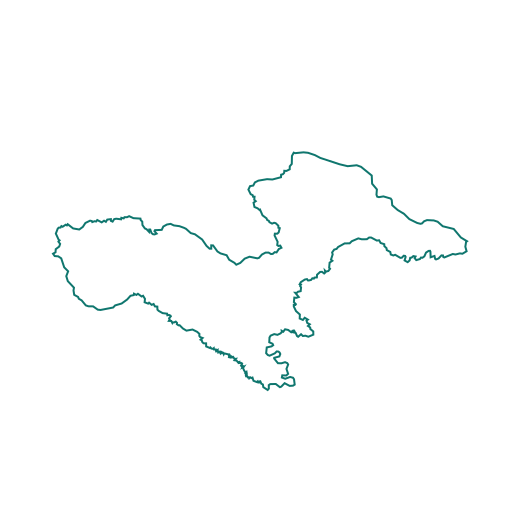 outline of Buenos Aires, Cauca, Colombia, rotated 111°
{"feature_id": "7082276B47892047719845", "entity_name": "Buenos Aires", "entity_type": "district", "adm_level": 2, "iso_a3": "COL", "parent_name": "Colombia", "parent_adm1": "Cauca", "projection": "natural_earth1", "projection_center": [-76.681, 3.052], "detail": "fine", "context": "isolated", "style": "outline", "palette": "teal", "viewbox_px": 512, "rotation_deg": 111, "n_neighbors": 0, "source": "geoboundaries", "source_scale": "gbopen_adm2", "svg_char_len": 6140}
<svg xmlns="http://www.w3.org/2000/svg" viewBox="0 0 512 512"><g transform="rotate(111 256 256)"><path d="M375.8,202.2L376.9,197.1L375.2,196.5L372.0,197.8L370.5,196.8L368.4,191.7L369.9,186.7L368.9,185.6L364.5,183.7L365.2,178.0L363.8,175.0L362.2,173.8L357.5,176.3L356.4,177.8L356.7,180.8L360.1,184.7L360.2,188.3L358.0,188.7L356.7,184.9L354.5,183.8L350.5,187.1L345.8,187.1L344.8,188.4L344.7,190.8L347.1,193.9L348.2,197.1L345.2,202.3L344.5,202.5L341.4,198.2L338.8,198.2L337.7,199.3L337.2,200.8L337.7,202.5L340.1,203.5L344.2,207.6L344.2,209.5L343.1,211.7L337.5,213.2L334.8,209.1L333.1,208.0L332.0,209.1L331.8,212.7L327.2,214.2L325.1,213.8L322.4,211.0L321.9,207.7L319.5,205.4L317.8,204.6L316.6,205.2L316.9,203.4L314.0,202.6L313.5,199.4L314.6,195.7L313.9,194.9L312.8,195.2L311.9,193.9L312.5,193.0L313.9,193.8L313.6,191.4L316.0,189.0L316.3,187.7L312.9,185.9L313.9,183.6L312.7,181.3L312.6,178.2L308.9,174.3L305.9,175.5L304.7,179.1L303.3,179.8L302.7,182.4L300.5,181.3L300.1,184.2L298.2,185.7L296.8,184.8L296.2,188.4L298.9,189.3L298.7,192.8L294.9,194.1L293.1,198.9L289.6,202.6L288.1,203.2L287.6,201.7L286.7,201.5L285.5,204.1L281.1,205.3L280.6,203.3L279.0,201.4L276.3,206.2L275.8,204.7L274.3,204.0L272.8,201.7L269.1,202.7L268.2,204.1L266.6,203.8L266.7,205.1L264.4,204.8L260.5,202.0L259.3,200.1L260.2,198.8L259.9,197.9L258.6,196.0L256.6,195.4L256.4,193.9L255.2,193.7L254.2,191.5L251.6,192.3L247.9,190.4L247.1,188.7L247.9,186.1L246.6,185.4L244.9,186.4L245.5,185.1L244.1,183.1L241.4,182.3L240.8,183.5L235.8,184.9L233.1,183.0L232.5,184.7L227.0,185.0L225.4,186.2L222.0,185.3L220.5,183.3L218.2,182.6L212.5,177.8L210.6,173.1L207.9,171.9L202.9,166.8L202.5,163.3L200.6,158.5L198.2,157.0L197.5,155.1L198.3,148.7L197.2,146.7L199.2,144.3L199.0,140.5L200.8,139.7L201.9,137.0L203.6,136.0L204.1,132.1L206.3,130.7L206.3,128.0L205.0,126.5L206.0,120.6L205.3,119.2L202.8,118.2L202.5,116.8L203.2,116.0L206.9,115.7L207.4,112.2L205.1,111.0L202.4,111.4L201.8,110.2L199.7,109.1L199.3,106.9L201.1,107.2L202.4,104.9L200.1,101.9L198.3,101.4L198.0,100.0L196.0,98.7L191.9,98.5L189.4,96.7L188.8,95.4L189.5,94.7L194.6,92.5L192.0,89.4L194.5,87.7L194.7,86.7L192.9,84.7L189.0,83.1L188.5,81.6L189.8,80.8L189.9,79.7L183.6,73.0L183.1,70.3L180.5,66.6L179.9,64.1L176.1,61.1L172.3,63.9L167.6,64.9L166.6,64.3L165.3,71.4L159.9,81.1L161.3,92.3L158.9,98.7L159.1,102.8L161.2,109.2L163.3,111.5L166.1,112.7L167.0,114.0L167.4,117.4L166.6,126.1L163.6,132.9L162.3,140.2L159.8,147.0L155.2,149.3L154.1,150.8L154.7,158.4L157.0,162.3L157.2,164.1L155.6,165.5L150.5,167.0L146.9,173.5L139.4,176.8L135.1,189.9L135.2,194.5L139.3,202.6L140.4,210.8L141.4,231.1L140.7,237.2L141.0,244.4L142.2,248.8L146.0,256.4L146.0,257.8L149.7,258.3L157.2,255.6L160.2,256.6L163.0,255.6L165.7,258.1L166.3,260.1L168.3,259.5L170.0,260.2L171.1,261.7L173.5,260.9L178.7,268.1L180.3,273.2L184.8,280.8L187.7,283.4L191.2,283.8L192.9,286.6L196.7,286.9L200.2,283.1L200.4,280.9L201.7,280.0L201.2,278.6L204.1,277.8L204.9,275.9L207.1,277.4L210.8,275.0L210.9,271.6L211.8,269.1L211.3,268.8L215.7,264.5L217.1,259.6L218.3,258.6L218.6,256.6L219.6,255.6L220.0,252.6L218.5,251.0L218.3,249.4L219.7,246.0L221.6,245.2L221.5,243.8L225.9,243.3L227.5,244.1L228.4,246.4L230.2,246.0L235.0,240.9L238.2,240.1L238.6,238.7L237.6,237.1L239.2,235.2L241.3,237.2L245.3,238.1L245.7,239.9L248.0,241.1L248.8,242.7L248.3,245.4L249.4,248.3L252.5,251.0L256.6,252.5L257.7,253.9L259.0,261.8L262.5,265.6L268.1,268.2L271.2,271.3L270.1,273.7L269.1,279.7L265.8,283.7L266.3,290.1L265.6,293.6L261.5,299.9L262.1,301.6L265.2,300.4L265.8,302.0L264.3,305.8L259.9,312.2L257.6,320.8L258.0,325.1L255.7,331.1L255.5,333.4L255.6,338.2L256.9,343.7L256.6,347.2L258.5,350.4L261.7,353.1L265.4,353.4L268.1,359.6L269.2,359.7L270.7,356.8L272.2,358.4L272.6,360.0L272.0,361.8L269.2,364.2L269.5,365.1L271.8,364.5L270.2,367.8L270.1,369.6L267.8,373.1L264.7,374.5L263.7,376.6L262.5,377.3L264.6,384.0L264.3,388.7L266.0,390.3L266.9,392.7L268.3,393.0L268.6,395.4L270.1,395.1L271.3,399.9L272.4,401.6L275.3,402.2L275.2,404.0L273.6,404.7L275.3,407.9L277.9,408.4L277.5,410.5L279.9,412.1L279.3,417.1L281.1,417.6L281.4,419.2L283.0,421.0L282.2,421.8L282.5,423.6L286.3,427.1L290.9,428.1L294.6,430.5L295.8,436.6L293.8,443.2L295.2,443.5L295.0,444.9L298.0,447.0L297.8,448.4L299.5,448.7L300.2,450.3L301.5,450.9L306.8,450.9L311.5,446.1L311.8,445.0L313.4,445.6L314.9,443.2L317.7,443.1L321.4,445.4L324.4,444.5L326.6,446.3L328.2,443.9L327.2,440.5L328.0,437.0L335.3,431.0L337.6,425.9L342.8,425.9L346.9,422.7L350.8,414.6L353.6,414.0L357.4,411.8L358.0,407.4L359.4,406.1L359.9,402.9L363.1,397.2L363.0,394.4L361.4,390.0L362.8,384.5L362.1,381.8L355.3,370.9L352.6,369.8L348.5,364.4L342.8,360.7L338.1,358.9L336.3,356.1L334.9,356.4L335.2,353.7L333.6,352.7L334.8,348.3L333.6,347.2L335.8,344.3L339.1,343.4L339.1,339.6L337.9,339.1L339.0,335.9L337.5,334.4L339.3,332.3L338.6,330.0L341.4,328.8L342.1,327.2L342.8,322.7L341.7,318.3L343.1,317.5L342.2,316.0L342.3,314.5L342.8,313.9L345.3,314.8L346.1,313.9L347.8,314.1L347.0,311.8L348.5,310.1L347.7,310.0L347.5,308.8L346.0,307.4L346.7,305.8L348.0,305.5L348.5,303.5L348.0,302.5L349.9,298.2L350.6,294.2L347.4,288.9L347.9,283.7L349.0,280.9L350.9,280.3L351.7,279.1L351.7,276.5L354.0,277.7L354.2,276.4L355.6,275.3L356.3,273.7L355.4,271.3L358.3,270.1L358.4,266.1L357.7,265.8L358.4,264.4L358.1,262.9L357.2,262.4L358.3,261.8L357.7,260.0L358.6,259.5L357.6,258.4L358.9,258.4L358.3,257.6L359.6,256.7L358.5,255.8L359.5,254.4L357.9,254.4L358.1,252.6L358.8,252.8L358.2,251.9L359.3,250.9L358.3,250.8L357.7,246.3L358.6,245.7L357.7,245.3L358.5,244.4L360.1,244.7L359.9,243.3L358.7,242.9L359.7,241.2L358.7,241.9L358.3,241.3L359.8,239.2L359.2,238.0L361.0,238.6L360.6,236.6L361.7,234.8L360.9,233.7L362.0,233.5L361.2,231.9L361.6,230.9L360.5,230.4L362.5,230.6L363.0,229.7L363.8,230.5L364.4,229.6L363.2,229.4L363.4,228.5L364.9,228.7L363.8,227.7L365.2,228.0L367.2,226.0L368.6,223.7L367.7,223.3L368.7,222.7L369.4,223.7L370.2,222.2L370.9,222.8L371.9,222.1L371.5,221.1L372.3,220.0L371.8,219.3L372.7,218.5L371.3,217.7L371.6,216.4L370.8,215.7L373.4,213.6L373.4,210.1L372.5,209.6L373.3,209.0L373.1,207.9L371.9,207.9L371.4,207.1L373.3,205.3L373.5,203.5L375.8,202.2Z" fill="none" stroke="#0f766e" stroke-width="2"/></g></svg>